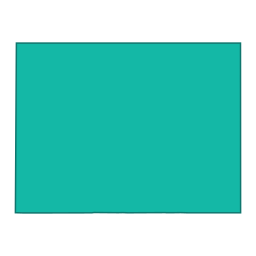 Jackson, Minnesota, United States of America (Equal Earth projection)
{"feature_id": "52423323B81129641248246", "entity_name": "Jackson", "entity_type": "district", "adm_level": 2, "iso_a3": "USA", "parent_name": "United States of America", "parent_adm1": "Minnesota", "projection": "equal_earth", "projection_center": [-95.1, 43.674], "detail": "fine", "context": "isolated", "style": "filled", "palette": "teal", "viewbox_px": 256, "rotation_deg": 0, "n_neighbors": 0, "source": "geoboundaries", "source_scale": "gbopen_adm2", "svg_char_len": 538}
<svg xmlns="http://www.w3.org/2000/svg" viewBox="0 0 256 256"><path d="M240.6,212.8L240.5,43.1L238.6,43.1L150.2,43.1L148.2,43.1L16.4,43.1L15.4,212.7L22.9,212.9L23.0,212.9L40.4,212.9L45.1,212.9L45.3,212.9L91.8,212.8L94.1,212.5L105.3,212.6L118.3,212.7L123.0,212.6L127.8,212.8L140.0,212.7L142.9,212.7L165.6,212.6L165.9,212.7L173.3,212.7L180.7,212.6L188.1,212.8L195.6,212.8L203.1,212.8L210.6,212.8L218.0,212.8L228.3,212.8L233.2,212.8L233.8,212.8L238.5,212.8L239.4,212.8L240.6,212.8Z" fill="#14b8a6" stroke="#0f766e" stroke-width="1.5"/></svg>